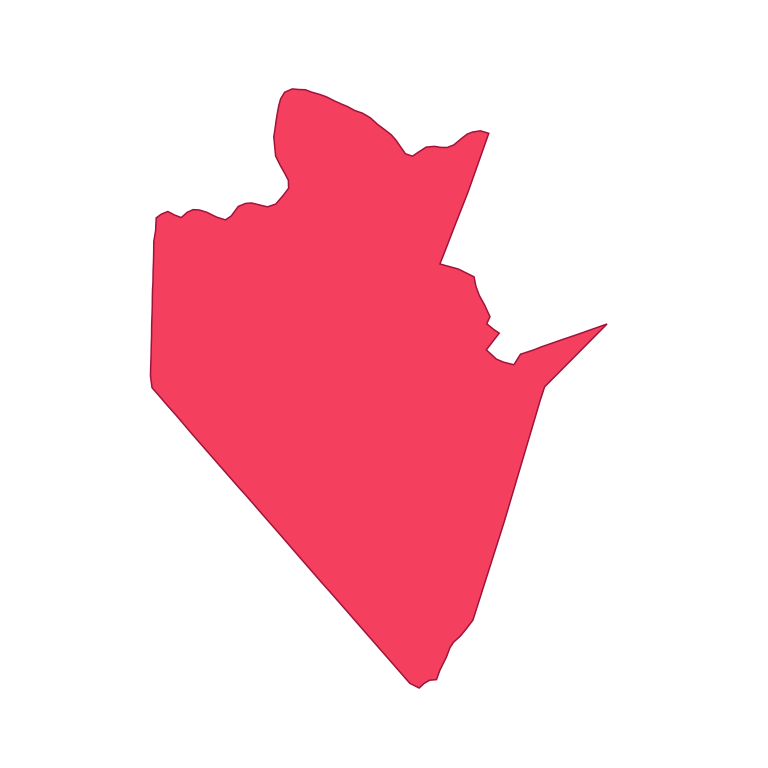 outline of São Pedro da Aldeia, Rio de Janeiro, Brazil, rotated 171°
{"feature_id": "56859067B72272137778609", "entity_name": "São Pedro da Aldeia", "entity_type": "district", "adm_level": 2, "iso_a3": "BRA", "parent_name": "Brazil", "parent_adm1": "Rio de Janeiro", "projection": "natural_earth1", "projection_center": [-42.128, -22.782], "detail": "fine", "context": "isolated", "style": "filled", "palette": "rose", "viewbox_px": 768, "rotation_deg": 171, "n_neighbors": 0, "source": "geoboundaries", "source_scale": "gbopen_adm2", "svg_char_len": 1797}
<svg xmlns="http://www.w3.org/2000/svg" viewBox="0 0 768 768"><g transform="rotate(171 384 384)"><path d="M154.3,408.4L186.8,402.4L201.0,400.0L211.5,398.1L222.1,396.2L232.2,394.0L244.5,392.1L252.7,382.7L262.8,387.0L269.1,391.0L277.6,401.7L262.2,416.2L267.1,420.7L273.1,427.4L268.8,433.9L272.3,446.3L276.0,456.5L277.9,465.8L278.3,475.7L292.4,485.8L310.0,493.8L302.9,505.8L294.9,519.6L287.0,533.2L271.1,560.2L241.3,615.2L249.2,619.0L257.2,619.0L262.8,617.8L269.7,614.0L277.7,609.2L284.6,607.7L291.2,608.9L296.9,610.8L305.3,611.4L313.6,607.7L320.2,604.6L326.8,608.0L330.5,615.6L334.1,623.1L337.9,629.1L342.9,634.4L349.8,641.5L355.8,649.0L363.1,655.0L370.3,658.8L376.6,663.7L382.8,667.5L389.0,671.6L395.9,676.6L401.8,679.9L410.0,683.7L415.8,687.0L421.6,688.1L428.5,689.8L436.5,687.7L441.5,681.8L444.4,675.4L447.0,668.2L449.7,659.9L452.0,652.1L454.2,645.4L455.4,626.0L452.2,615.9L449.0,607.4L446.6,600.1L447.6,592.3L453.8,586.3L462.7,578.7L471.4,577.2L478.4,580.1L486.4,583.5L492.5,584.0L500.1,582.2L508.7,573.8L515.0,570.9L523.2,575.0L532.1,581.3L539.0,584.7L545.2,586.1L551.5,584.4L558.2,580.1L564.5,583.7L570.5,588.2L577.4,586.6L583.0,583.7L585.6,571.2L589.1,560.7L590.9,550.1L592.5,541.2L594.5,531.0L596.3,520.5L597.9,513.3L599.4,505.0L600.7,497.1L602.3,488.6L604.2,479.0L606.0,468.2L608.0,457.6L609.8,447.5L611.8,437.3L613.4,428.6L613.7,416.6L607.6,406.9L601.0,396.2L593.9,385.1L584.7,370.0L580.3,362.8L543.2,303.8L538.7,297.0L534.3,290.0L525.1,275.2L510.0,251.2L499.3,233.9L477.2,198.5L469.0,185.8L405.3,84.3L396.8,78.2L391.4,81.9L385.2,84.3L378.4,83.8L373.5,92.7L364.9,104.8L360.2,113.1L355.8,118.0L347.9,123.2L340.9,129.4L333.1,136.9L286.7,229.3L250.5,305.2L239.7,327.8L232.2,343.6L229.0,349.8L225.8,356.1L205.1,371.2L154.3,408.4Z" fill="#f43f5e" stroke="#9f1239" stroke-width="1.5"/></g></svg>